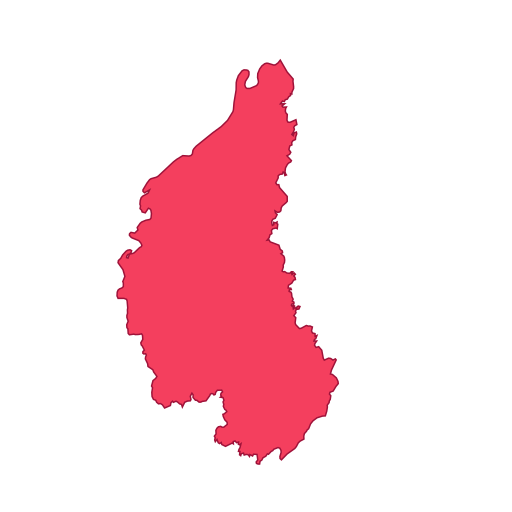 Montes Claros de Goiás, Goiás, Brazil, rotated 25°
{"feature_id": "56859067B96767902593649", "entity_name": "Montes Claros de Goiás", "entity_type": "district", "adm_level": 2, "iso_a3": "BRA", "parent_name": "Brazil", "parent_adm1": "Goiás", "projection": "equal_earth", "projection_center": [-51.564, -15.848], "detail": "fine", "context": "isolated", "style": "filled", "palette": "rose", "viewbox_px": 512, "rotation_deg": 25, "n_neighbors": 0, "source": "geoboundaries", "source_scale": "gbopen_adm2", "svg_char_len": 6142}
<svg xmlns="http://www.w3.org/2000/svg" viewBox="0 0 512 512"><g transform="rotate(25 256 256)"><path d="M125.6,243.8L126.2,245.1L128.2,245.9L131.6,241.1L131.6,244.7L128.1,249.5L127.3,251.6L127.6,254.5L128.9,258.1L130.2,259.4L130.9,262.1L132.9,262.8L134.2,264.2L137.4,263.7L138.3,258.2L139.9,258.1L141.4,258.9L143.3,261.7L144.8,265.9L144.4,267.7L141.1,270.1L138.1,273.4L137.2,275.3L136.3,280.4L138.0,282.3L136.4,286.5L132.7,287.4L132.0,289.2L132.4,290.6L134.2,291.6L135.9,292.0L143.3,291.6L146.3,293.0L148.1,294.6L148.1,296.0L146.9,297.7L144.3,304.5L143.3,305.7L140.6,307.7L141.3,305.8L141.0,303.7L139.2,303.6L137.3,304.9L136.2,306.6L134.7,311.4L134.4,315.3L133.2,318.2L133.8,320.4L141.2,324.6L145.8,329.9L146.1,335.5L147.1,336.4L148.7,339.8L148.0,341.6L146.2,343.5L145.4,345.2L145.5,347.4L146.9,350.9L148.9,352.7L154.2,350.2L157.0,350.0L158.2,351.2L161.7,357.3L162.2,359.1L163.8,362.2L164.1,364.4L165.0,366.3L167.7,369.1L167.9,373.0L169.3,375.5L170.7,376.2L172.9,380.2L174.6,380.9L178.2,378.5L179.9,378.2L183.0,376.6L185.2,374.9L186.7,375.9L188.6,379.4L188.3,383.4L189.6,385.1L190.9,385.6L194.6,388.5L193.9,390.4L194.5,391.9L195.8,392.2L197.3,391.2L198.5,392.2L198.6,394.1L199.2,396.0L203.3,399.4L204.8,401.8L210.6,402.7L212.3,404.4L217.1,407.0L216.8,409.4L215.3,412.4L216.3,418.0L217.9,419.1L219.2,423.6L221.2,427.3L223.7,429.3L226.1,429.1L227.7,430.5L230.1,431.2L231.9,430.1L234.1,430.4L237.4,432.4L241.6,427.7L240.9,424.8L241.7,422.9L243.0,423.5L244.9,421.4L246.7,421.5L249.3,422.3L251.2,422.0L253.1,424.0L253.2,418.7L255.1,416.5L257.7,415.0L257.7,413.5L255.7,410.9L255.9,407.4L257.7,408.4L258.7,410.8L262.0,412.3L263.5,411.8L266.1,412.5L267.8,411.7L268.7,410.5L271.9,408.4L273.1,402.0L273.0,400.4L274.1,399.3L275.3,399.1L276.6,399.7L277.5,398.7L277.1,396.7L277.7,394.0L281.6,392.1L283.1,393.3L282.3,395.2L282.8,397.0L284.0,397.7L283.4,399.0L286.0,398.3L287.9,400.3L287.8,402.2L289.5,404.1L289.9,406.0L292.5,408.2L294.2,408.5L295.3,409.4L293.9,412.5L292.9,413.5L294.2,415.3L297.0,417.7L300.1,418.9L301.1,420.8L299.1,424.8L297.6,425.5L296.0,425.3L294.1,426.7L293.4,428.5L293.3,430.9L295.0,434.1L294.4,436.9L295.8,437.9L296.3,440.2L297.6,441.5L298.2,438.8L300.7,441.2L302.3,441.4L303.3,439.7L304.7,441.3L308.8,441.4L313.5,435.6L314.9,435.8L313.8,433.8L315.2,432.5L317.3,433.4L318.8,432.0L319.5,434.0L320.8,434.1L321.7,432.5L322.5,436.5L322.3,438.5L322.7,440.5L324.1,440.0L325.1,443.1L326.5,443.4L326.2,441.4L328.0,439.9L329.4,441.4L330.9,440.0L332.8,439.4L334.8,440.4L334.4,438.5L337.4,438.7L337.5,436.7L340.8,435.4L343.8,440.1L343.2,442.6L344.1,443.8L345.7,443.7L347.2,443.0L346.4,440.3L347.5,438.5L347.6,435.9L349.5,433.3L349.9,430.5L351.1,430.4L352.4,426.6L353.4,425.4L353.8,423.6L356.9,420.3L358.8,420.1L360.8,421.6L361.8,423.4L362.4,427.6L363.4,429.4L365.2,430.0L367.9,422.2L372.5,414.1L373.1,411.7L373.3,407.4L374.3,405.0L376.8,401.7L375.4,399.0L374.9,396.5L375.8,393.6L375.9,391.8L376.7,390.4L376.4,385.1L377.3,381.3L379.7,376.8L383.9,373.0L386.4,371.6L385.7,366.8L384.5,362.6L383.6,361.2L384.2,358.0L383.7,356.5L383.9,354.6L382.8,351.0L380.9,350.1L380.6,348.3L383.0,345.8L383.6,340.3L384.5,336.9L383.3,335.0L380.3,332.5L375.4,331.1L373.3,331.5L372.6,327.3L372.6,316.3L371.4,315.7L369.7,317.8L367.0,317.3L365.0,317.9L361.9,321.5L360.2,320.3L355.4,313.6L351.1,311.7L349.1,313.5L346.8,312.2L346.4,310.6L346.9,307.4L344.5,308.6L344.3,306.9L345.1,305.7L344.8,302.3L343.5,303.8L342.3,301.4L339.7,301.9L338.0,300.5L337.1,296.5L334.5,296.6L333.2,297.4L331.0,297.7L327.5,302.4L326.0,303.4L320.9,301.4L319.7,300.0L318.1,295.1L315.5,294.1L316.2,290.5L315.1,289.3L315.1,287.4L313.9,286.2L312.8,286.8L312.2,288.2L311.5,287.1L312.2,285.1L310.8,284.8L310.0,286.3L308.8,285.6L309.0,284.1L310.5,283.2L309.9,281.8L308.0,281.6L307.9,279.4L305.8,277.8L304.0,274.8L303.0,274.0L301.0,274.1L300.5,272.6L302.2,271.5L301.2,270.5L298.6,271.4L297.8,268.8L299.9,265.5L300.3,262.0L301.7,260.7L300.4,258.9L298.7,258.1L299.4,255.9L297.6,255.2L296.5,257.6L295.5,256.7L295.9,254.8L294.7,255.3L293.8,257.5L291.1,258.4L288.6,258.0L287.4,258.8L286.0,258.6L285.4,254.4L284.5,252.8L284.5,249.7L283.7,247.5L282.3,245.3L281.1,244.3L277.6,243.4L278.7,241.8L277.7,240.3L275.1,239.7L272.2,236.5L262.8,237.2L261.1,235.9L259.4,237.0L260.2,233.9L259.7,230.9L260.9,229.0L259.2,226.4L259.7,224.3L262.3,222.2L263.7,222.3L262.3,218.0L261.2,217.8L260.7,216.3L259.5,217.8L257.8,218.0L258.9,220.1L257.9,221.4L256.2,219.2L255.5,217.5L255.8,215.5L257.5,213.7L257.7,209.6L255.5,208.8L254.2,207.1L257.0,207.4L258.8,206.1L259.4,204.5L258.5,201.7L258.6,199.6L260.8,194.8L261.2,193.2L259.1,188.8L248.5,184.1L246.5,181.7L244.9,182.5L243.0,181.4L243.1,175.8L242.2,174.1L243.0,172.1L245.2,170.6L245.1,168.4L246.5,168.9L248.2,170.9L249.3,169.7L248.2,169.1L246.7,167.4L245.5,163.7L245.7,159.9L246.2,158.1L247.7,156.1L247.8,154.6L241.7,152.1L243.5,149.6L243.7,147.3L240.8,145.6L240.1,142.0L241.6,140.1L240.4,138.2L240.7,135.9L242.5,133.8L241.6,131.3L241.3,128.1L240.2,126.6L238.5,128.4L238.9,131.2L237.1,130.7L237.5,127.5L237.2,124.9L235.9,123.6L236.0,121.7L237.5,119.6L234.6,115.6L230.3,120.5L228.4,121.2L226.7,119.9L224.5,114.4L222.8,113.8L221.4,112.4L220.5,109.8L220.6,108.1L217.6,109.7L216.2,109.0L217.6,106.0L213.8,107.8L214.5,104.4L216.4,104.1L216.5,101.9L218.1,100.6L218.4,97.7L219.5,96.0L218.6,94.3L220.0,94.1L219.3,92.2L219.3,88.4L218.5,86.6L215.7,82.1L214.9,79.9L206.5,76.1L195.2,68.2L194.4,71.6L192.9,74.4L191.5,75.4L185.3,76.3L183.9,76.9L182.6,78.1L181.0,81.2L180.3,84.9L180.5,89.9L182.0,93.6L184.3,96.5L185.0,98.2L184.8,100.4L184.2,101.7L179.7,106.7L176.9,108.0L175.4,107.6L173.5,105.7L172.6,102.2L173.3,96.7L173.0,94.6L171.8,92.1L170.1,91.2L168.6,91.5L166.4,92.4L165.1,94.1L163.8,100.0L164.2,104.7L164.8,107.2L167.8,113.9L171.2,126.1L173.7,132.9L174.1,134.8L172.9,145.1L169.8,153.4L164.8,162.5L155.4,181.7L154.4,184.9L154.2,186.9L155.2,190.4L154.7,192.3L153.1,193.7L147.2,196.0L143.3,201.9L141.4,205.6L133.7,224.8L132.4,226.7L128.2,230.3L127.3,231.8L126.4,235.9L125.6,243.8ZM140.6,307.7L140.9,312.0L139.4,312.2L138.9,310.6L139.2,308.8L140.6,307.7ZM315.1,287.4L317.3,285.9L317.2,283.2L315.4,283.5L314.6,285.0L315.1,287.4Z" fill="#f43f5e" stroke="#9f1239" stroke-width="1.5"/></g></svg>